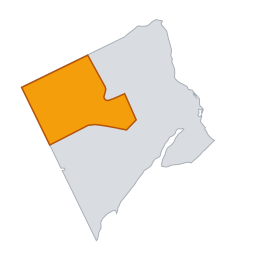 location of A-Dakhla Oasis, Al Wadi at Jadid, Egypt, rotated 64°
{"feature_id": "37247803B63195966732086", "entity_name": "A-Dakhla Oasis", "entity_type": "district", "adm_level": 2, "iso_a3": "EGY", "parent_name": "Egypt", "parent_adm1": "Al Wadi at Jadid", "projection": "mercator", "projection_center": [27.396, 24.837], "detail": "fine", "context": "in_parent", "style": "filled", "palette": "amber", "viewbox_px": 256, "rotation_deg": 64, "n_neighbors": 0, "source": "geoboundaries", "source_scale": "gbopen_adm2", "svg_char_len": 3411}
<svg xmlns="http://www.w3.org/2000/svg" viewBox="0 0 256 256"><g transform="rotate(64 128 128)"><path d="M215.4,205.8L210.6,205.8L205.9,205.8L201.2,205.8L196.5,205.8L191.8,205.8L187.1,205.8L182.4,205.8L177.7,205.8L173.0,205.8L168.2,205.8L163.5,205.8L158.8,205.8L154.1,205.8L149.4,205.8L144.7,205.8L140.0,205.8L137.3,205.8L137.8,204.5L138.0,203.5L137.7,202.8L136.8,202.6L136.2,202.8L134.8,205.7L134.1,205.9L132.4,205.9L126.9,205.8L121.4,205.8L115.9,205.8L110.4,205.8L105.0,205.8L99.5,205.8L94.0,205.8L88.5,205.8L83.0,205.8L77.5,205.8L72.0,205.8L66.6,205.8L61.1,205.8L55.6,205.8L50.1,205.8L44.6,205.8L44.6,202.4L44.6,198.9L44.6,195.4L44.6,191.9L44.6,188.4L44.6,184.9L44.6,181.4L44.6,177.8L44.6,174.3L44.6,170.8L44.6,167.2L44.6,163.7L44.6,160.1L44.6,156.6L44.6,153.0L44.6,149.4L44.6,145.9L44.6,142.3L44.6,138.7L44.6,135.1L44.6,131.5L44.6,127.9L44.6,124.3L44.6,120.6L44.6,117.0L44.6,113.3L44.6,109.7L44.6,106.0L44.6,102.4L44.6,98.7L44.6,95.0L44.6,91.3L44.5,90.6L43.7,88.1L43.0,84.9L42.2,81.0L42.1,79.7L40.8,75.6L40.6,74.5L41.0,73.7L43.1,70.2L43.8,68.5L44.4,66.5L44.5,64.9L43.9,62.4L43.1,60.1L42.9,57.8L42.8,55.5L43.9,54.0L45.2,52.5L45.7,51.6L46.5,50.6L47.1,50.1L48.1,52.2L50.4,52.5L57.7,50.7L65.8,52.6L70.3,53.3L77.2,54.8L81.4,57.6L82.5,57.9L85.5,57.9L87.5,59.5L95.4,60.3L99.6,62.1L101.9,63.6L103.4,64.0L104.6,63.9L106.3,63.4L108.5,62.4L110.8,61.0L115.7,57.3L117.4,56.7L118.5,56.9L119.9,56.8L120.5,55.8L121.2,55.2L121.6,54.4L122.4,53.5L124.9,53.2L130.0,51.6L129.4,52.4L124.8,54.2L126.8,54.4L128.8,53.8L131.1,53.4L131.5,52.6L131.8,51.2L132.2,51.0L133.8,51.3L138.6,53.5L139.8,53.5L143.1,52.3L143.8,52.1L144.9,52.7L147.4,55.4L146.5,55.4L143.9,53.1L143.6,54.2L142.1,56.3L144.0,57.1L145.5,57.5L146.4,58.6L146.9,59.6L148.4,59.2L149.5,57.8L148.9,57.0L148.5,56.2L149.0,56.2L150.1,56.9L153.1,59.5L154.1,60.0L155.2,59.9L157.7,59.2L158.4,59.3L161.6,58.3L162.0,59.0L162.6,59.7L165.2,59.0L169.3,59.0L172.7,58.1L176.7,56.1L177.0,55.7L177.2,56.3L177.6,57.7L178.8,61.2L179.9,64.0L181.2,67.9L181.6,69.4L181.7,70.4L183.6,74.6L184.7,78.1L185.5,80.9L186.6,85.0L187.1,86.5L186.3,87.2L184.7,89.9L183.0,98.3L180.5,104.8L180.3,108.9L179.9,110.4L178.7,112.5L177.3,114.5L174.8,113.4L170.7,109.9L168.3,106.5L165.7,104.3L163.3,101.4L162.7,99.3L162.7,98.0L161.6,94.7L160.9,93.1L157.9,89.6L157.1,87.7L156.4,86.9L155.8,85.7L154.7,81.2L153.5,78.3L152.2,79.1L152.4,80.3L151.3,82.0L150.6,83.9L151.1,85.5L153.5,88.0L154.0,89.0L154.6,91.3L154.5,94.4L154.9,95.5L156.7,97.8L157.3,99.2L157.7,100.4L158.3,101.4L160.1,103.5L162.7,107.3L165.1,109.8L166.9,111.1L167.6,112.3L167.8,115.5L167.7,117.0L169.2,119.9L169.8,121.3L171.3,122.5L172.0,123.9L172.6,126.0L173.5,132.5L174.8,134.1L178.9,142.5L182.2,147.8L183.9,151.8L186.4,156.6L191.3,167.1L194.2,170.3L195.3,172.1L197.5,173.5L199.7,175.6L197.6,175.4L197.0,175.5L196.2,175.8L195.9,177.0L195.7,178.0L196.0,183.3L196.6,186.0L198.5,191.1L199.9,192.6L200.6,193.6L201.6,194.3L206.1,196.0L208.8,199.7L214.8,204.3L215.3,205.5L215.4,205.8Z" fill="#d9dde1" stroke="#a8b0b8" stroke-width="1"/><path d="M124.3,117.1L95.7,116.0L95.3,128.1L94.5,134.2L92.9,135.9L91.3,136.3L89.3,136.0L86.5,133.4L83.5,131.0L80.9,130.5L44.9,132.3L44.9,132.9L44.9,138.4L44.9,142.7L44.9,143.9L44.9,148.0L44.9,153.4L44.9,158.2L44.9,161.2L44.9,165.2L44.9,171.4L44.9,174.9L44.9,205.8L109.0,205.8L108.4,176.8L108.1,162.6L110.5,155.9L116.0,147.7L119.2,143.3L129.1,130.2L124.3,117.1Z" fill="#f59e0b" stroke="#b45309" stroke-width="1.5"/></g></svg>